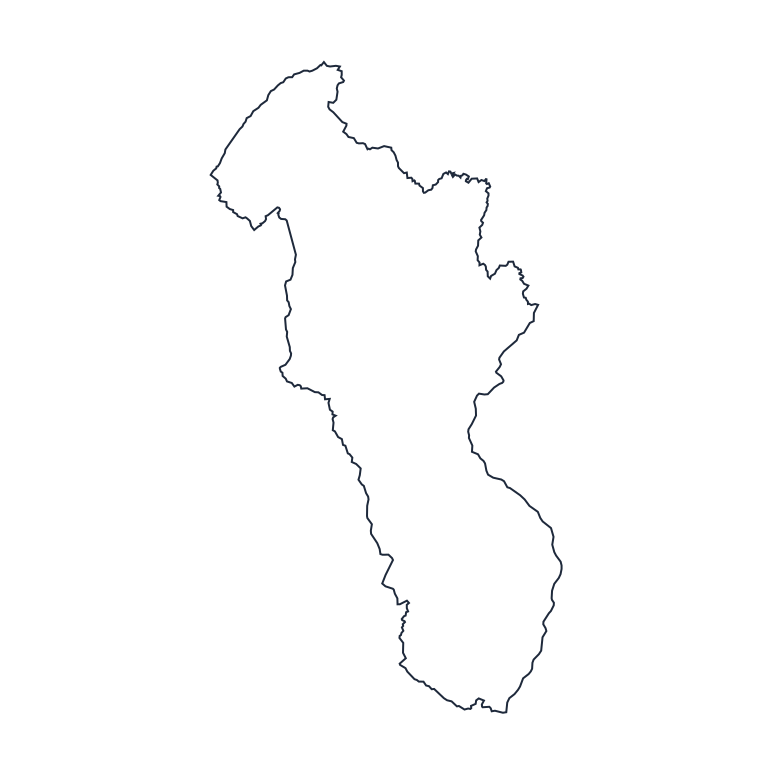 the district of Pauna, Boyacá, Colombia, rotated 190°
{"feature_id": "7082276B32688879052620", "entity_name": "Pauna", "entity_type": "district", "adm_level": 2, "iso_a3": "COL", "parent_name": "Colombia", "parent_adm1": "Boyacá", "projection": "robinson", "projection_center": [-73.985, 5.693], "detail": "fine", "context": "isolated", "style": "outline", "palette": "slate", "viewbox_px": 768, "rotation_deg": 190, "n_neighbors": 0, "source": "geoboundaries", "source_scale": "gbopen_adm2", "svg_char_len": 6133}
<svg xmlns="http://www.w3.org/2000/svg" viewBox="0 0 768 768"><g transform="rotate(190 384 384)"><path d="M531.4,669.5L533.8,667.8L535.6,663.7L538.0,662.4L540.4,659.6L543.4,654.9L546.3,652.8L548.1,648.4L548.6,643.0L553.9,637.5L555.6,634.2L560.1,630.0L561.9,624.7L565.4,622.0L565.9,618.3L567.5,615.7L568.1,613.0L570.4,609.9L580.9,587.4L580.9,583.7L583.0,578.0L583.9,573.1L585.4,569.5L586.6,569.0L586.7,567.2L589.1,564.4L591.0,559.8L583.3,555.6L582.6,553.3L582.8,551.6L580.6,550.0L580.4,548.4L579.2,547.7L577.8,544.3L579.9,540.6L578.2,540.6L577.5,539.8L578.2,536.5L576.7,535.7L570.8,535.8L569.8,531.3L566.2,529.5L562.8,529.1L562.4,527.1L558.2,525.7L557.3,524.0L552.0,522.6L549.3,524.1L547.6,523.3L544.4,521.3L542.2,516.5L538.6,513.1L535.1,517.3L532.9,518.8L532.6,519.4L533.4,520.4L531.6,521.2L529.4,523.8L528.8,525.9L529.7,528.7L527.6,530.1L519.7,539.4L518.0,539.3L516.7,538.0L516.8,536.4L518.3,533.9L517.4,533.6L517.5,532.4L516.1,529.8L514.0,528.7L509.8,529.1L508.2,528.1L493.2,496.0L493.3,491.2L492.5,488.7L493.9,482.3L493.1,475.6L494.2,470.5L498.2,468.0L498.6,463.9L494.9,454.2L493.9,449.5L492.1,448.0L490.7,444.3L488.7,441.6L489.9,435.2L492.5,432.8L492.8,431.4L490.0,420.7L488.4,418.5L488.0,413.8L483.2,404.0L482.4,400.3L480.8,398.0L480.6,395.7L481.2,392.2L484.4,385.8L488.6,383.0L489.4,381.9L489.2,380.9L487.8,378.3L486.0,377.5L485.2,374.3L481.7,372.2L480.0,369.7L475.0,369.0L471.8,365.9L468.8,368.2L466.8,368.2L465.5,367.3L464.7,365.1L458.7,366.5L450.7,364.0L447.1,364.4L443.1,362.4L440.6,362.7L439.4,358.7L434.9,359.9L435.4,355.8L432.8,349.3L429.8,347.9L429.5,345.1L426.1,344.4L428.3,342.3L428.5,340.5L427.0,337.2L426.4,329.6L424.1,328.8L420.0,323.8L415.9,322.4L413.8,316.9L411.3,316.5L407.6,309.4L405.7,308.9L402.4,306.0L402.2,301.6L397.5,300.4L392.3,296.8L392.0,290.0L392.5,285.3L388.4,281.2L386.2,280.2L382.7,273.4L380.1,270.4L379.2,267.7L379.4,261.1L377.8,251.0L377.1,249.1L371.6,243.8L371.5,237.3L370.7,234.2L363.0,226.1L359.6,220.7L358.0,215.9L355.8,215.6L350.0,216.7L345.9,214.0L344.6,212.2L349.3,196.2L351.1,187.2L347.4,185.0L339.7,183.9L338.7,183.2L336.9,179.4L333.6,175.2L332.4,169.4L330.2,169.8L323.8,174.6L321.4,172.7L323.2,170.5L322.6,167.2L320.8,164.2L322.6,163.1L322.5,159.7L324.0,158.8L325.7,155.6L325.1,154.6L322.6,154.0L322.0,153.2L323.8,150.7L323.1,149.1L324.1,147.4L322.1,144.3L323.6,141.8L323.7,139.7L324.8,138.7L324.7,136.6L320.1,132.4L318.6,122.6L314.9,117.7L320.0,111.3L319.3,110.1L313.5,107.9L311.1,104.8L302.7,98.6L300.2,98.2L298.1,97.0L293.4,97.7L290.2,94.4L287.2,94.2L284.0,91.7L281.7,92.4L270.5,85.0L267.0,83.5L262.3,83.2L256.2,79.2L254.3,79.9L248.2,77.4L244.8,79.0L242.5,79.0L241.8,79.9L242.4,82.1L238.2,84.9L238.3,88.4L236.1,90.8L230.6,89.6L232.0,85.4L231.4,83.3L230.7,82.8L224.2,84.4L222.6,83.2L221.1,80.4L218.0,81.5L209.8,80.9L206.6,82.0L207.3,91.7L206.0,96.4L201.6,101.3L198.9,106.1L197.5,109.7L195.9,118.3L191.1,123.6L189.5,126.5L188.7,129.3L189.4,135.3L188.8,138.6L184.5,144.9L182.9,148.7L183.9,162.1L181.2,168.9L182.5,171.6L185.4,175.0L185.7,177.6L181.8,186.9L180.2,189.4L178.4,195.5L178.7,198.1L181.1,200.6L181.7,202.1L182.6,209.6L181.6,216.8L178.2,223.3L177.1,227.4L177.0,232.7L177.6,236.1L179.2,239.7L184.7,244.9L187.1,248.0L190.4,255.0L190.5,262.9L194.5,271.1L203.9,276.2L206.8,279.2L210.3,284.8L219.6,289.2L225.4,294.7L230.6,298.1L241.9,303.4L244.6,303.7L248.9,309.1L251.9,310.3L260.2,310.7L265.8,312.8L268.1,316.4L270.7,323.3L272.6,325.5L276.2,327.5L279.2,331.1L285.6,332.5L286.3,338.7L291.0,345.6L291.3,348.3L292.8,351.6L292.9,354.1L290.6,359.7L287.9,368.9L289.3,375.6L292.1,382.1L290.4,388.7L288.8,391.0L283.3,391.1L280.0,392.0L275.0,399.6L270.3,404.1L267.8,405.6L266.9,407.0L266.9,408.3L269.9,411.9L275.3,414.6L275.9,415.6L273.0,420.9L272.2,423.8L274.9,428.1L274.9,429.9L271.6,436.9L260.9,450.0L259.7,455.8L255.0,458.9L251.0,469.4L247.5,471.9L248.7,480.0L246.0,488.7L249.1,489.0L252.7,487.3L255.0,488.3L256.1,487.8L256.6,490.1L258.5,491.7L259.4,493.5L261.2,493.5L262.9,497.0L263.0,499.4L260.2,502.6L258.9,506.0L263.5,507.0L265.8,509.6L267.9,510.6L267.9,511.8L265.9,512.4L265.3,513.9L266.4,514.9L269.8,515.8L269.9,516.7L268.2,517.8L268.9,520.0L269.4,520.6L271.6,520.2L272.3,521.7L275.8,522.5L278.1,526.9L282.6,526.0L283.3,522.9L284.6,521.5L290.5,520.8L291.1,518.2L293.0,515.7L293.9,511.9L297.3,509.0L297.8,506.2L300.5,508.1L301.5,512.7L303.3,514.2L304.1,517.3L305.2,518.7L307.1,519.7L310.6,517.5L311.0,520.2L313.3,522.2L313.8,526.2L316.7,530.5L316.7,532.5L315.4,536.5L316.1,541.8L313.5,545.2L315.6,547.7L315.6,551.0L317.2,554.6L314.9,557.7L314.5,560.0L316.5,561.3L316.9,562.3L314.7,567.5L314.7,570.1L313.4,573.0L313.6,575.7L312.9,577.2L313.0,579.4L314.5,580.7L313.8,582.4L314.5,584.5L313.8,587.7L314.2,589.9L317.2,591.6L316.5,594.7L314.1,595.8L313.7,596.9L315.7,599.9L317.4,598.8L318.2,599.3L318.6,603.4L319.2,603.5L320.4,601.3L323.5,601.8L325.9,599.3L328.0,602.6L333.3,601.4L335.8,596.9L338.6,597.9L338.7,599.0L338.0,600.4L337.0,600.2L336.5,603.1L339.7,604.5L342.3,604.8L343.0,603.1L344.4,602.4L344.5,600.6L346.6,602.1L348.5,601.9L350.4,602.7L352.1,599.9L353.2,601.3L352.1,603.9L354.3,602.9L355.5,604.7L356.9,604.7L357.5,601.8L359.6,603.1L362.0,601.2L363.0,596.6L365.2,595.5L366.1,594.2L365.8,592.2L367.7,589.4L370.4,588.2L370.3,585.4L371.2,583.6L374.0,582.5L376.6,579.7L377.9,579.2L379.1,580.5L379.7,583.7L383.5,585.6L384.3,587.4L387.9,586.8L389.0,589.5L389.6,589.8L391.1,588.7L391.8,591.0L392.9,591.9L396.7,590.9L398.3,596.2L400.9,595.1L406.9,599.3L408.0,600.9L408.7,604.5L410.5,606.8L412.4,610.9L414.7,613.9L417.2,615.6L417.9,618.0L425.2,618.3L430.8,614.9L436.5,614.7L438.6,612.7L440.0,613.1L441.0,612.3L444.3,617.0L446.5,617.5L450.5,616.6L452.8,616.8L456.4,620.9L461.9,621.1L464.4,623.6L468.0,625.4L465.9,631.9L466.1,633.8L470.5,634.7L481.1,642.8L485.3,645.0L487.1,647.3L487.5,652.1L482.8,652.1L480.3,655.7L480.5,663.8L481.8,666.8L481.6,670.1L480.6,672.2L476.6,674.3L476.1,675.8L479.5,678.6L479.3,681.0L480.0,684.7L484.1,685.3L482.6,689.0L486.6,689.0L492.3,687.3L495.5,687.4L499.1,690.6L501.1,686.9L502.0,687.1L504.8,683.3L509.0,680.1L511.6,678.8L513.7,679.3L517.5,678.6L521.2,675.7L526.3,673.3L527.7,670.2L531.4,669.5Z" fill="none" stroke="#1e293b" stroke-width="2"/></g></svg>